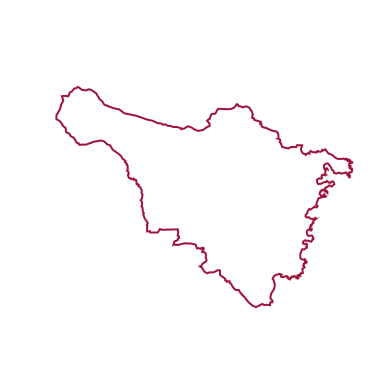 Lombok Tengah, Nusa Tenggara Barat, Indonesia, rotated 284°
{"feature_id": "22746128B98880758851169", "entity_name": "Lombok Tengah", "entity_type": "district", "adm_level": 2, "iso_a3": "IDN", "parent_name": "Indonesia", "parent_adm1": "Nusa Tenggara Barat", "projection": "orthographic", "projection_center": [116.283, -8.682], "detail": "fine", "context": "isolated", "style": "outline", "palette": "rose", "viewbox_px": 384, "rotation_deg": 284, "n_neighbors": 0, "source": "geoboundaries", "source_scale": "gbopen_adm2", "svg_char_len": 6114}
<svg xmlns="http://www.w3.org/2000/svg" viewBox="0 0 384 384"><g transform="rotate(284 192 192)"><path d="M101.0,295.0L103.9,294.7L104.3,296.5L105.2,296.7L106.2,296.1L107.1,294.5L108.7,293.5L112.9,293.5L117.8,295.1L120.2,295.1L122.9,294.6L124.5,293.2L126.0,292.8L127.3,291.2L130.3,292.0L131.6,293.1L133.7,296.8L133.5,298.8L132.7,298.3L131.3,299.0L131.4,300.6L133.3,303.9L133.0,304.9L132.2,305.1L132.4,306.3L131.5,307.2L131.1,306.8L130.8,308.1L132.8,308.8L132.7,309.8L133.1,309.2L134.1,309.3L133.9,310.6L134.9,311.0L135.3,311.9L134.4,313.4L134.7,314.2L133.9,314.2L134.1,314.8L133.5,315.3L133.9,315.9L134.7,316.0L135.2,314.9L135.6,315.3L135.9,314.6L136.7,314.5L137.4,315.8L137.0,317.1L138.1,316.6L138.6,317.3L139.3,317.2L140.2,319.1L144.1,317.7L146.2,319.5L147.6,317.7L148.4,318.3L149.4,317.7L150.6,318.8L151.2,318.7L150.9,319.5L151.3,319.4L151.7,321.1L151.8,320.0L154.1,317.8L153.2,317.1L153.4,314.0L154.4,313.0L158.2,312.1L163.1,312.8L163.5,314.8L165.7,316.8L166.4,316.1L166.8,316.6L168.9,316.4L169.5,315.1L168.5,313.7L168.6,312.8L169.5,311.9L170.8,311.9L172.7,313.7L172.3,315.0L173.0,317.0L172.5,318.9L172.8,319.9L175.4,320.5L175.6,321.1L176.4,321.1L176.7,320.3L177.2,320.5L178.9,318.8L177.6,315.9L178.0,314.5L180.9,313.0L182.3,313.0L184.4,314.9L186.5,315.5L187.2,314.9L188.1,316.0L189.0,315.5L189.4,316.3L191.2,316.5L191.4,317.2L193.3,316.7L195.9,318.7L195.7,318.2L196.5,317.9L195.5,317.0L194.9,314.8L194.8,313.4L195.8,311.3L195.0,309.4L195.8,308.1L197.0,307.8L199.5,309.0L201.7,308.9L203.9,310.0L203.7,311.3L207.5,314.6L206.9,315.3L207.4,316.9L208.9,317.2L209.5,315.7L210.7,315.5L216.6,316.3L219.5,321.6L219.4,323.2L219.7,322.6L220.2,323.0L220.7,321.3L221.7,321.1L221.4,320.5L220.1,320.1L219.5,318.0L221.1,316.2L223.6,316.4L224.0,317.5L224.9,317.2L225.7,317.9L225.6,320.3L224.6,320.9L225.2,322.5L225.7,322.4L226.6,319.9L228.8,320.5L229.1,321.6L231.7,323.6L231.0,326.1L234.0,328.3L235.6,327.3L236.4,326.0L235.7,324.7L234.7,324.5L234.1,323.1L235.3,320.2L234.2,319.9L233.1,317.1L231.5,315.8L230.3,312.9L230.8,311.6L233.9,310.2L236.1,312.3L236.2,314.4L237.1,314.8L238.3,313.9L239.6,313.9L240.6,315.0L240.2,317.9L240.8,316.6L241.2,317.6L241.5,316.7L244.6,316.6L247.5,314.1L250.0,313.6L252.1,315.3L252.6,317.0L249.7,320.8L247.8,322.1L246.7,324.1L244.8,325.3L245.0,328.1L246.4,329.9L246.0,332.2L246.4,333.6L248.3,336.6L245.6,339.5L245.9,340.4L245.5,341.1L246.2,341.2L246.4,339.9L247.8,339.3L248.0,339.8L248.9,339.7L249.8,342.1L252.3,342.1L252.7,340.6L253.5,341.1L253.7,339.0L254.7,339.5L255.2,338.7L255.8,339.2L256.1,337.9L257.6,337.6L259.1,340.4L259.7,340.2L259.4,338.1L260.2,337.6L260.4,338.3L261.1,337.3L260.3,337.2L260.0,336.6L260.5,336.6L259.8,335.8L260.9,335.6L260.7,334.0L261.5,334.4L261.8,333.8L261.3,333.0L260.7,333.1L261.0,331.3L261.7,331.6L260.9,331.0L259.4,325.9L259.6,324.3L260.3,321.7L261.8,319.6L262.4,315.0L265.6,311.1L264.4,309.6L264.4,308.2L263.1,308.3L261.9,306.5L262.2,303.8L261.1,303.1L260.5,303.4L259.9,299.3L260.5,297.4L259.9,297.5L259.4,296.5L258.2,296.0L257.7,296.5L257.6,294.9L255.5,293.3L256.2,292.5L256.3,290.2L258.6,287.9L260.9,287.3L263.9,287.6L262.9,282.7L260.8,282.3L259.6,277.2L257.5,274.8L257.6,268.4L260.9,266.4L261.6,265.0L263.4,265.3L264.2,264.5L264.5,262.6L264.8,263.1L269.3,261.6L271.0,259.9L271.0,253.6L272.3,247.8L271.8,246.8L272.5,243.7L274.7,242.9L274.7,241.5L276.7,241.8L277.1,234.8L278.6,234.3L278.4,232.5L280.9,232.0L282.0,232.4L284.8,230.3L287.8,227.0L288.2,223.7L286.3,220.5L287.0,217.7L287.4,217.8L286.7,217.5L286.5,216.4L287.7,215.6L288.1,214.3L284.3,212.6L282.5,210.6L281.2,207.7L279.4,198.7L278.6,196.9L273.7,195.7L272.7,192.8L271.9,191.9L266.9,191.4L266.7,190.6L264.8,189.4L262.7,192.4L260.2,193.1L258.7,190.8L254.9,187.8L252.9,183.5L252.9,180.8L254.5,175.7L254.8,172.2L251.3,168.6L251.2,167.0L250.3,166.4L251.1,165.7L251.5,162.4L250.5,157.4L251.0,155.1L250.3,153.0L251.2,149.6L250.2,147.5L251.1,145.6L250.5,142.6L251.6,136.2L251.4,131.0L252.5,119.3L252.0,107.3L254.6,101.2L254.3,95.9L255.0,89.1L255.4,89.0L255.2,86.1L258.5,82.7L259.6,80.0L264.6,75.1L266.7,69.7L266.6,66.6L265.0,64.9L264.5,60.7L266.4,56.0L264.8,54.6L263.9,52.7L260.4,51.0L258.8,49.3L254.9,48.8L254.6,45.7L253.5,42.6L249.5,45.0L245.2,43.9L241.0,44.0L233.6,41.9L229.9,42.8L228.8,46.6L226.0,50.1L225.3,50.2L223.4,54.0L219.7,55.3L218.8,59.1L217.0,60.6L215.9,64.3L211.9,68.4L211.8,70.3L210.6,70.9L212.4,77.8L217.2,85.0L219.9,91.0L219.9,94.4L217.7,98.4L217.5,101.2L213.8,104.9L210.9,112.5L209.4,114.9L207.4,116.6L206.2,119.8L204.8,119.7L203.6,122.0L202.5,122.2L202.1,123.1L197.9,124.3L197.0,123.8L195.7,125.8L193.8,126.2L193.0,125.7L190.7,127.1L190.2,128.0L190.5,129.5L190.0,129.7L189.9,131.4L190.7,131.9L189.8,132.9L190.4,133.3L190.0,135.0L186.3,136.4L186.6,137.3L186.0,137.6L185.8,138.8L184.6,138.8L184.1,140.7L181.3,142.8L178.6,143.4L177.4,144.7L173.5,144.9L171.5,144.3L171.0,145.3L169.4,146.2L167.5,146.7L165.8,146.5L164.6,147.9L161.1,149.0L160.0,150.3L158.7,150.1L155.2,152.2L151.3,156.6L149.0,156.2L148.3,157.1L146.6,157.0L144.1,157.5L142.8,158.1L143.8,160.7L142.6,161.3L144.4,168.6L148.3,169.8L148.0,171.7L152.3,187.2L150.0,188.3L146.1,188.7L145.9,189.9L144.4,190.7L143.3,189.6L141.9,189.8L139.8,186.9L138.5,186.8L138.5,187.5L138.2,186.9L136.5,186.8L137.2,187.5L136.6,188.5L137.5,191.7L140.3,196.9L141.7,203.3L141.8,208.3L138.4,210.5L139.1,212.0L138.9,214.3L140.0,214.7L140.6,216.6L139.6,217.2L138.9,216.7L137.6,216.8L137.2,216.2L136.2,216.4L136.7,218.1L136.0,219.9L133.4,221.1L132.4,220.9L129.3,222.6L128.3,222.6L125.1,219.7L122.7,218.9L121.8,217.7L120.9,220.2L118.8,222.0L117.3,224.1L116.9,226.7L118.2,228.3L119.2,232.3L122.2,235.7L122.7,238.1L118.4,239.2L115.8,245.3L114.4,245.5L114.3,247.0L113.3,247.4L114.5,249.9L112.9,250.7L112.8,251.6L109.1,255.2L107.5,258.1L108.2,261.1L105.4,263.9L105.1,265.0L103.8,265.8L103.8,266.9L98.6,273.7L96.3,278.4L95.8,281.9L100.4,287.4L99.7,289.4L100.6,291.5L101.0,295.0ZM184.9,317.1L184.1,315.7L183.3,316.3L183.6,317.1L184.9,317.1ZM247.5,317.6L247.6,316.7L247.1,316.3L246.7,318.1L247.5,317.6ZM224.8,323.4L224.7,322.4L223.9,323.6L224.8,323.4ZM245.2,340.8L244.5,340.8L244.2,341.0L244.6,341.5L245.2,340.8Z" fill="none" stroke="#9f1239" stroke-width="2"/></g></svg>